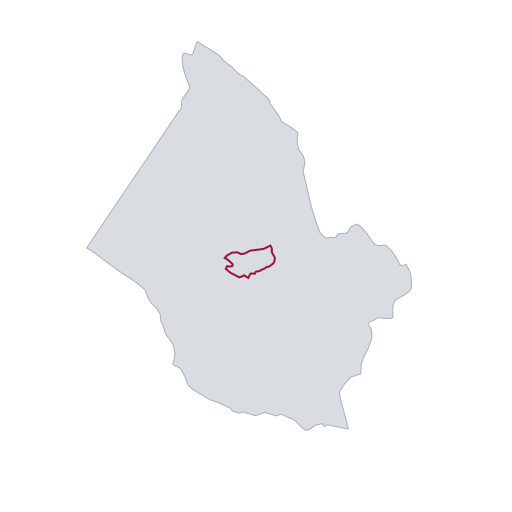 Uganda, with Nakasongola highlighted, rotated 124°
{"feature_id": "UGA-3090", "entity_name": "Nakasongola", "entity_type": "District", "adm_level": 1, "iso_a3": "UGA", "parent_name": "Uganda", "parent_adm1": "", "projection": "robinson", "projection_center": [32.471, 1.323], "detail": "fine", "context": "in_parent", "style": "outline", "palette": "rose", "viewbox_px": 512, "rotation_deg": 124, "n_neighbors": 0, "source": "natural_earth", "source_scale": "10m", "svg_char_len": 2986}
<svg xmlns="http://www.w3.org/2000/svg" viewBox="0 0 512 512"><g transform="rotate(124 256 256)"><path d="M343.9,400.9L338.0,400.9L328.5,400.9L318.9,400.9L309.3,400.9L299.8,400.9L290.2,400.9L280.6,400.9L271.1,400.9L261.5,400.9L251.9,400.9L242.4,400.9L232.8,400.9L223.2,400.9L213.7,400.9L204.1,400.9L194.5,400.9L184.9,400.9L179.3,400.9L178.2,400.7L177.4,400.5L173.8,401.2L170.0,403.9L166.1,405.0L161.8,404.6L161.3,404.9L159.1,404.8L156.0,404.6L153.2,405.3L151.1,407.7L148.9,411.7L145.0,416.3L141.9,420.3L139.3,423.2L133.3,428.0L130.1,429.4L128.5,429.2L127.5,428.3L125.6,422.2L124.4,421.2L112.8,424.4L111.1,424.4L111.2,422.5L110.4,408.2L110.2,399.4L111.7,393.9L112.6,387.6L112.7,382.0L114.8,372.4L114.1,366.7L116.8,346.7L117.5,343.5L118.6,333.8L120.3,330.8L121.8,329.7L123.8,323.8L127.6,314.3L130.3,309.4L129.7,298.7L130.1,291.5L130.7,289.9L136.4,287.2L143.7,280.5L146.7,272.6L151.1,267.6L159.5,264.3L184.6,237.2L196.2,222.7L201.3,215.2L201.5,212.5L202.4,209.0L200.4,206.2L198.0,203.8L197.2,201.5L195.1,200.3L192.1,200.4L190.1,198.7L187.9,195.4L185.6,193.3L178.5,193.5L173.1,190.2L173.1,185.6L175.3,176.6L179.4,166.3L179.7,163.4L179.1,161.0L178.1,158.9L176.2,156.9L174.5,154.4L175.8,147.0L178.4,139.7L180.6,136.1L182.7,132.0L182.1,128.7L179.0,127.0L180.6,123.8L183.9,118.3L190.3,112.8L195.9,109.1L199.6,109.1L206.9,112.0L213.5,115.5L217.1,115.7L221.5,114.2L230.6,108.0L232.8,110.0L235.5,113.7L238.4,119.9L244.1,122.8L246.8,124.7L248.8,125.3L249.9,124.8L252.1,119.9L254.7,117.3L259.6,113.9L270.3,111.2L277.9,110.4L281.1,109.9L286.6,108.3L295.1,103.3L303.6,109.7L312.7,111.0L321.6,110.9L324.3,109.0L325.9,107.5L335.2,96.9L347.8,82.6L356.2,102.8L359.1,103.9L358.7,105.7L357.9,107.4L363.4,112.3L370.2,114.8L372.6,117.3L372.8,120.0L370.6,131.8L371.0,135.2L373.2,147.0L377.2,149.6L380.8,161.5L388.0,166.6L389.0,168.0L390.7,173.8L392.9,180.1L394.7,181.6L395.7,182.0L397.8,188.7L396.6,192.4L398.3,203.9L401.0,214.1L401.7,226.3L401.8,231.7L401.7,235.0L401.1,239.7L399.8,242.3L397.5,244.9L394.9,249.1L392.7,253.5L391.3,255.6L392.4,262.2L392.1,264.0L391.5,264.8L388.2,265.8L384.1,267.6L381.5,269.3L377.9,272.7L375.1,276.3L371.3,287.0L364.9,295.2L363.8,298.0L357.8,302.9L355.2,309.0L353.5,316.5L351.2,321.9L346.1,329.2L344.9,340.9L345.1,364.1L343.8,390.5L343.9,400.9Z" fill="#d9dde1" stroke="#a8b0b8" stroke-width="1"/><path d="M251.0,237.6L252.9,237.6L254.1,238.1L257.8,239.3L258.6,240.8L262.1,242.1L264.6,243.9L265.9,244.3L267.1,245.2L268.7,247.1L269.8,247.4L271.4,247.1L272.4,249.1L273.8,250.7L278.5,250.2L278.7,255.2L280.2,255.8L281.2,256.5L281.8,256.7L282.2,257.6L282.7,257.8L283.1,258.0L283.3,258.7L283.3,259.5L283.3,260.3L283.4,261.6L284.2,267.7L283.5,273.9L280.6,274.3L279.3,271.7L277.8,270.1L275.9,270.6L275.3,273.9L274.9,277.7L275.1,280.8L271.6,280.3L266.7,277.8L263.3,273.4L262.8,269.6L260.2,266.7L254.8,263.8L245.9,253.7L239.3,249.9L241.2,246.7L242.5,246.1L243.7,245.3L245.2,243.0L246.1,240.5L247.1,239.4L249.1,238.2L251.0,237.6Z" fill="none" stroke="#9f1239" stroke-width="2"/></g></svg>